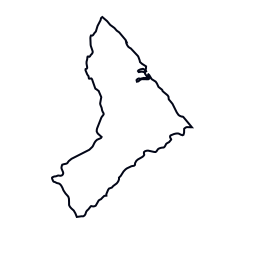 the border of Alagoas, rotated 286°
{"feature_id": "BRA-623", "entity_name": "Alagoas", "entity_type": "State", "adm_level": 1, "iso_a3": "BRA", "parent_name": "Brazil", "parent_adm1": "", "projection": "robinson", "projection_center": [-36.639, -9.667], "detail": "fine", "context": "isolated", "style": "outline", "palette": "ink", "viewbox_px": 256, "rotation_deg": 286, "n_neighbors": 0, "source": "natural_earth", "source_scale": "10m", "svg_char_len": 3623}
<svg xmlns="http://www.w3.org/2000/svg" viewBox="0 0 256 256"><g transform="rotate(286 128 128)"><path d="M227.6,72.7L225.0,78.4L222.2,82.5L220.4,87.4L218.5,90.3L217.5,93.2L211.9,101.5L210.4,102.8L210.4,102.3L208.9,103.1L207.3,104.5L206.1,106.0L205.5,107.6L205.3,108.7L200.1,117.4L199.6,118.1L196.5,120.4L194.7,121.4L193.6,123.7L192.2,128.4L191.4,128.5L190.7,128.8L189.2,128.9L188.6,129.1L188.1,129.4L186.9,130.4L187.9,128.6L188.8,127.4L189.0,126.1L187.8,123.8L187.2,123.1L186.4,122.2L185.5,121.9L184.7,122.9L184.9,123.4L185.8,125.2L186.1,126.2L186.1,128.1L185.9,128.9L185.4,129.2L184.9,129.4L182.1,132.7L181.8,132.9L181.1,131.7L180.6,130.2L180.5,129.4L178.5,125.9L178.7,124.9L177.8,123.7L176.4,123.0L175.0,123.8L175.7,125.1L177.6,126.4L178.5,127.4L178.9,128.3L180.4,134.0L180.8,134.5L181.6,134.8L181.8,134.5L181.9,133.8L182.1,133.4L184.3,133.0L185.2,132.7L185.6,131.9L184.8,133.7L181.5,137.3L180.2,141.8L178.8,143.5L175.9,146.0L174.3,149.9L173.9,150.5L173.1,151.0L172.5,152.1L170.3,157.1L169.4,158.2L166.8,159.3L163.5,164.1L156.4,170.6L154.5,172.9L154.0,174.2L153.8,175.9L153.8,176.8L154.0,177.3L154.0,177.6L153.8,178.2L146.3,189.2L145.9,187.7L145.1,184.4L144.7,183.7L143.3,182.5L142.7,182.2L139.0,183.2L136.8,183.2L136.1,182.5L136.1,180.9L136.6,178.2L136.3,176.7L135.7,175.3L134.9,173.9L132.6,171.0L131.7,170.7L130.4,171.2L129.2,172.5L128.8,172.7L128.3,172.5L125.8,171.4L124.1,169.7L123.3,169.1L120.8,168.6L119.5,168.1L118.9,167.3L118.5,166.1L117.7,164.6L116.7,163.3L115.8,162.6L113.4,161.8L112.5,161.1L112.2,159.8L111.8,153.5L111.3,152.2L110.4,150.8L109.2,150.0L108.0,150.3L106.7,151.0L105.4,150.6L104.3,149.9L100.5,146.2L98.8,145.1L96.3,144.5L95.6,144.6L94.9,144.8L94.2,144.8L93.4,144.2L93.1,143.7L92.5,142.4L92.1,141.7L88.9,138.1L87.5,137.0L85.0,135.7L79.9,134.2L77.8,133.0L76.3,133.5L74.6,133.4L73.0,133.0L71.6,132.4L68.2,129.8L66.3,128.9L64.5,126.4L62.9,125.9L58.4,125.4L57.0,125.9L56.2,123.9L54.2,122.7L52.2,121.7L51.2,120.6L50.3,119.8L44.5,118.4L43.8,117.7L43.2,116.7L42.9,115.5L42.8,114.1L42.2,113.7L38.8,112.3L37.9,111.7L36.9,111.2L35.8,110.9L33.4,110.8L32.7,110.6L31.9,110.3L31.3,109.8L30.8,109.3L30.7,109.1L30.6,108.7L30.4,107.8L28.4,103.3L31.4,101.0L33.7,98.6L35.1,95.7L36.2,94.0L37.0,93.2L37.7,92.6L40.1,91.9L43.8,90.7L45.6,89.5L47.9,85.9L50.2,83.2L52.5,81.4L54.3,79.6L55.1,78.4L55.5,77.4L55.6,76.6L55.5,75.4L55.5,74.6L55.9,72.7L55.9,71.9L55.9,71.3L56.4,70.6L58.4,69.0L59.2,68.7L59.8,68.9L61.0,70.4L61.3,71.0L61.5,71.6L61.8,72.2L63.0,73.8L63.2,74.5L63.3,75.3L63.4,76.1L63.7,76.7L64.1,77.4L64.8,77.9L65.6,78.2L66.7,78.2L67.6,77.8L70.3,75.6L71.1,75.1L71.9,74.9L73.4,74.8L74.6,74.9L75.7,76.6L76.5,78.2L77.0,78.9L77.6,79.4L79.2,79.9L79.9,80.2L82.8,82.2L96.4,96.8L100.0,98.9L100.8,99.2L104.8,99.9L106.5,100.5L108.2,101.5L110.4,104.2L111.0,104.8L112.1,105.1L114.4,100.4L116.0,98.9L117.5,98.5L119.0,98.4L130.5,99.5L131.3,99.7L131.9,99.9L133.5,100.6L134.5,100.8L135.3,100.5L135.9,100.0L136.5,99.3L137.9,98.2L140.1,97.1L142.4,95.3L143.5,94.6L144.3,94.4L150.3,93.8L155.6,89.5L155.9,88.4L156.5,87.1L156.7,86.0L157.3,85.4L164.8,80.1L165.3,79.5L165.5,79.2L165.4,78.9L165.3,78.5L165.0,77.9L164.8,77.4L164.8,76.8L165.3,76.5L166.9,75.8L168.2,74.1L171.7,71.3L172.3,71.1L172.9,71.0L173.7,72.0L174.5,72.2L175.4,71.9L178.4,70.4L180.2,69.9L183.2,69.8L184.6,69.5L185.5,69.5L185.8,69.9L185.7,70.5L185.8,71.2L186.4,71.7L187.7,72.0L189.4,72.9L190.6,73.2L191.4,73.1L192.1,72.8L196.7,69.6L197.8,69.1L204.2,67.0L205.7,66.8L206.7,66.9L206.8,67.3L206.9,67.7L207.0,68.2L207.4,68.6L207.9,68.9L210.1,69.6L211.9,70.5L217.7,70.6L224.0,71.9L226.0,71.8L226.6,72.0L227.6,72.7L227.6,72.7Z" fill="none" stroke="#020617" stroke-width="2"/></g></svg>